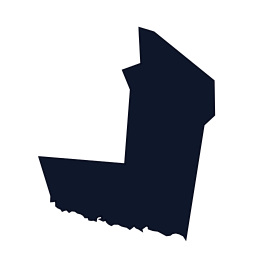 outline of Colônia do Gurguéia, Piauí, Brazil, rotated 279°
{"feature_id": "56859067B60738837049345", "entity_name": "Colônia do Gurguéia", "entity_type": "district", "adm_level": 2, "iso_a3": "BRA", "parent_name": "Brazil", "parent_adm1": "Piauí", "projection": "robinson", "projection_center": [-43.773, -8.154], "detail": "fine", "context": "isolated", "style": "filled", "palette": "ink", "viewbox_px": 256, "rotation_deg": 279, "n_neighbors": 0, "source": "geoboundaries", "source_scale": "gbopen_adm2", "svg_char_len": 955}
<svg xmlns="http://www.w3.org/2000/svg" viewBox="0 0 256 256"><g transform="rotate(279 128 128)"><path d="M154.2,211.3L188.1,205.4L226.7,138.6L228.8,123.4L221.4,124.9L216.8,125.9L193.7,130.8L184.3,113.7L166.4,124.6L91.9,130.6L85.5,44.7L48.8,62.7L43.3,63.3L43.8,65.5L44.7,67.8L42.5,68.6L39.7,69.0L38.4,71.2L37.5,74.5L35.7,76.1L37.1,78.3L37.7,80.4L35.7,83.0L37.6,85.2L37.7,88.8L36.3,91.5L36.0,94.9L34.8,97.7L32.9,99.6L33.5,102.7L31.2,103.9L31.2,106.1L31.8,108.4L31.2,111.0L34.0,110.9L35.7,112.3L36.8,115.6L34.4,116.7L33.4,114.6L32.4,118.0L33.7,120.5L31.7,121.9L30.3,123.9L29.3,126.8L31.0,128.9L31.7,133.4L30.4,137.1L30.1,140.1L30.0,142.5L28.4,145.6L30.3,147.4L32.6,149.3L30.7,151.8L30.1,154.4L28.5,158.0L30.5,157.2L32.0,159.0L34.2,161.1L34.1,163.5L31.7,164.1L30.9,168.7L31.0,173.8L27.9,182.8L28.9,186.4L30.9,188.3L32.0,191.7L31.7,195.3L30.9,197.6L30.3,199.7L27.2,202.4L142.9,202.4L154.2,211.3Z" fill="#0f172a" stroke="#020617" stroke-width="1.5"/></g></svg>